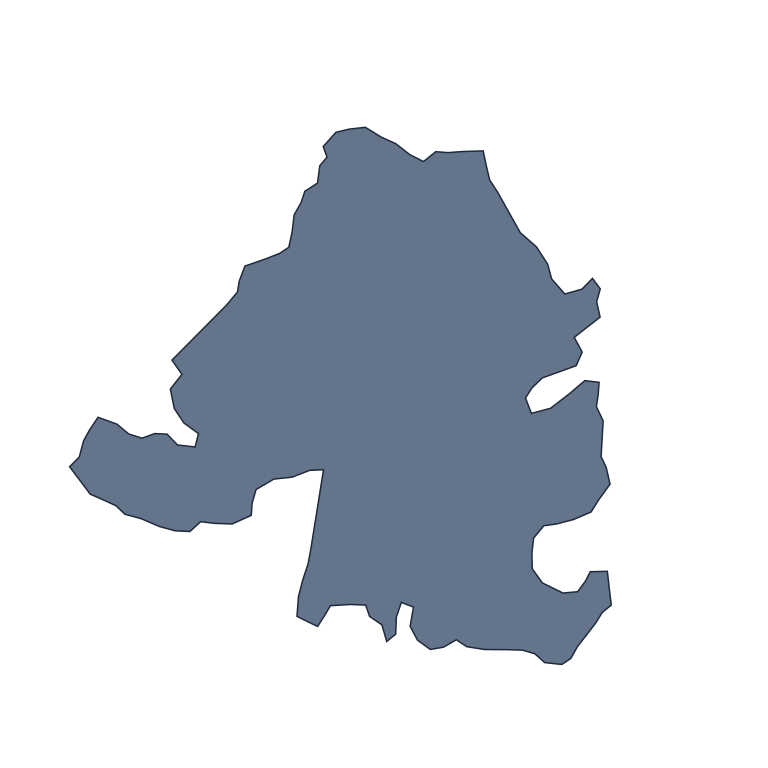 Alto Alegre, Rio Grande do Sul, Brazil (Albers equal-area conic projection), rotated 106°
{"feature_id": "56859067B94197304698655", "entity_name": "Alto Alegre", "entity_type": "district", "adm_level": 2, "iso_a3": "BRA", "parent_name": "Brazil", "parent_adm1": "Rio Grande do Sul", "projection": "albers", "projection_center": [-52.981, -28.807], "detail": "fine", "context": "isolated", "style": "filled", "palette": "slate", "viewbox_px": 768, "rotation_deg": 106, "n_neighbors": 0, "source": "geoboundaries", "source_scale": "gbopen_adm2", "svg_char_len": 1911}
<svg xmlns="http://www.w3.org/2000/svg" viewBox="0 0 768 768"><g transform="rotate(106 384 384)"><path d="M494.8,649.7L509.1,654.3L521.3,657.1L538.2,656.8L550.2,663.4L570.9,636.0L572.6,623.1L574.9,608.1L580.6,597.2L580.4,580.2L582.9,560.7L582.7,544.4L579.3,529.9L566.9,522.3L564.7,508.6L560.4,491.4L546.9,475.4L534.9,477.9L520.7,477.9L505.8,463.7L498.9,446.7L487.5,431.7L483.1,418.5L562.3,408.9L577.6,407.4L595.4,408.1L612.1,407.6L631.4,403.6L635.4,381.0L623.4,377.4L611.9,374.4L605.2,355.6L601.6,340.6L611.4,333.8L616.1,319.6L630.8,310.4L621.2,303.8L604.5,307.9L589.2,307.1L590.3,294.2L609.7,292.1L621.0,281.2L626.4,266.3L620.6,254.3L609.9,243.9L613.7,232.2L611.5,214.2L605.3,191.9L601.7,177.7L601.7,164.7L607.5,152.8L604.6,135.8L596.2,128.7L583.0,125.6L564.8,118.3L555.0,114.5L543.4,111.2L533.9,104.6L519.6,110.6L502.5,117.7L507.6,134.0L517.8,136.0L530.3,140.6L535.6,154.3L531.6,176.9L520.7,190.6L505.8,195.2L490.9,197.7L476.2,191.3L470.9,179.4L462.0,164.4L450.0,149.7L436.2,145.7L417.9,139.1L403.0,147.4L393.9,155.3L359.0,163.2L347.2,173.6L335.6,175.1L323.1,177.7L325.4,191.9L342.1,203.0L361.4,217.2L371.6,234.2L358.5,244.1L347.2,240.8L334.5,233.5L313.4,204.3L298.7,202.3L286.7,214.0L273.3,204.3L260.2,194.7L246.2,202.3L233.0,202.3L225.0,212.7L238.2,219.8L247.7,235.0L236.8,251.8L223.7,259.7L210.2,275.2L201.0,294.7L186.1,309.7L168.4,327.5L158.8,338.6L147.5,345.0L132.6,352.9L138.8,372.4L143.9,386.1L146.4,398.3L159.3,407.4L156.4,422.4L149.8,438.9L147.5,454.4L142.4,472.7L148.7,487.9L155.3,499.6L172.5,507.9L181.6,501.3L192.0,505.9L209.2,503.3L220.5,513.2L232.5,513.7L246.1,517.0L263.4,514.2L278.8,513.2L287.2,520.3L296.5,532.5L309.0,550.2L325.0,551.5L335.9,550.2L351.9,557.3L419.5,594.4L430.4,580.9L447.7,588.0L465.3,578.9L476.6,565.7L482.8,548.7L496.6,548.2L499.5,565.7L492.0,578.7L494.8,590.6L502.8,601.8L502.4,615.5L496.2,629.7L494.8,649.7Z" fill="#64748b" stroke="#1e293b" stroke-width="1.5"/></g></svg>